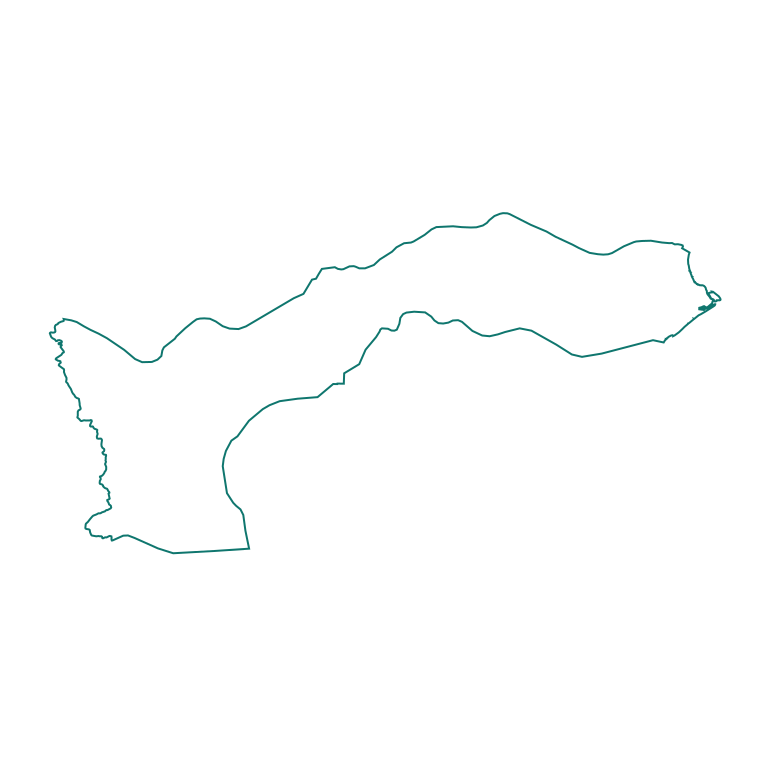 Katingan, Kalimantan Tengah, Indonesia, rotated 271°
{"feature_id": "22746128B40819362853427", "entity_name": "Katingan", "entity_type": "district", "adm_level": 2, "iso_a3": "IDN", "parent_name": "Indonesia", "parent_adm1": "Kalimantan Tengah", "projection": "robinson", "projection_center": [113.294, -1.875], "detail": "fine", "context": "isolated", "style": "outline", "palette": "teal", "viewbox_px": 768, "rotation_deg": 271, "n_neighbors": 0, "source": "geoboundaries", "source_scale": "gbopen_adm2", "svg_char_len": 6023}
<svg xmlns="http://www.w3.org/2000/svg" viewBox="0 0 768 768"><g transform="rotate(271 384 384)"><path d="M443.4,62.6L442.9,62.8L441.5,62.6L441.2,62.0L440.6,59.9L439.3,57.4L438.2,56.7L437.3,54.8L436.3,54.1L434.7,53.8L432.1,54.4L430.8,54.5L430.2,54.2L429.8,53.5L429.6,52.6L429.6,51.3L429.8,50.4L429.7,49.7L429.3,49.2L428.9,49.0L425.5,50.3L424.6,51.0L423.9,51.9L422.7,54.2L421.2,55.4L421.4,56.5L422.0,57.1L422.2,58.6L421.7,60.2L421.1,61.0L420.5,61.2L419.6,60.8L419.3,58.3L419.1,58.0L418.7,57.9L418.3,58.0L418.0,58.4L417.6,60.9L417.0,61.1L415.9,60.1L415.2,60.0L411.4,63.0L410.8,63.3L410.1,63.3L409.3,62.0L407.5,60.9L404.1,55.9L403.4,55.4L402.9,55.4L401.6,57.6L401.5,58.6L401.1,60.0L399.7,60.4L398.3,58.9L397.2,58.5L396.6,58.9L393.2,63.7L392.2,63.9L390.4,63.8L387.5,64.9L384.7,66.4L383.2,66.5L380.8,66.1L380.2,66.4L379.3,67.5L377.9,68.3L377.2,68.5L373.6,71.0L370.2,72.4L368.8,73.3L367.9,74.3L365.6,75.7L364.6,77.2L364.2,78.5L363.8,79.2L359.4,80.0L357.5,80.1L354.4,81.1L353.8,81.1L353.1,80.5L352.3,79.0L350.9,78.3L346.9,78.4L345.4,78.0L345.1,78.1L343.7,79.8L342.2,81.1L341.8,81.6L341.7,82.3L342.5,84.7L342.3,86.6L342.4,90.3L342.8,91.4L342.6,92.2L341.7,92.5L337.8,90.8L336.8,90.9L336.3,91.7L336.5,93.3L336.3,93.8L335.2,94.3L334.2,95.3L333.4,97.7L333.0,98.1L331.1,97.9L329.4,98.5L328.9,98.5L326.5,97.8L325.4,97.9L324.6,98.2L324.3,99.4L324.5,101.8L324.0,102.5L323.0,103.0L318.9,102.5L316.9,102.7L315.3,103.6L314.1,105.3L313.1,105.5L311.9,105.2L310.7,103.8L310.3,103.7L309.4,104.2L308.6,105.2L308.3,107.2L307.4,107.4L305.7,107.0L304.1,107.1L302.6,106.9L301.3,107.4L299.1,106.5L296.3,107.7L293.7,107.7L292.1,107.0L291.6,106.4L290.4,106.0L288.6,104.9L287.3,103.6L286.5,101.6L286.0,101.6L285.2,102.3L283.7,102.4L282.3,101.6L280.0,101.4L279.2,101.8L278.6,103.9L277.6,104.9L276.7,105.0L275.3,106.5L274.9,107.3L274.4,108.9L273.6,109.5L272.7,109.8L270.9,111.3L270.4,111.3L269.6,110.5L264.6,111.7L264.0,111.1L263.1,109.3L262.3,109.4L260.8,110.5L258.7,111.3L258.2,112.2L257.5,113.0L255.8,113.4L254.9,112.9L253.1,109.7L253.1,108.8L252.7,108.1L251.8,107.2L250.7,104.1L250.1,103.3L249.7,102.3L249.7,100.7L248.6,98.8L247.3,95.6L246.5,94.7L243.6,92.3L241.0,90.4L239.2,88.5L238.5,88.2L234.9,87.9L234.2,88.2L233.8,89.2L233.5,91.5L232.9,92.3L230.4,92.8L228.0,93.9L227.4,94.6L226.7,98.9L227.0,101.3L226.8,102.3L226.8,104.0L226.4,104.7L225.0,105.1L224.8,105.7L225.8,107.8L225.8,109.4L227.1,111.8L227.3,112.5L226.9,114.1L225.6,114.3L224.0,114.2L222.0,114.8L222.6,114.8L227.8,125.9L228.1,130.7L225.7,137.3L215.7,160.8L211.1,176.2L214.1,217.6L217.0,252.0L234.9,248.0L250.6,245.6L256.1,242.7L259.6,238.3L262.6,235.3L272.1,228.9L299.0,224.2L306.3,225.0L314.3,227.1L324.7,232.4L329.1,238.4L344.9,249.6L356.8,263.3L360.8,269.9L365.0,280.0L367.8,298.0L369.7,317.8L383.1,333.2L383.1,337.3L383.6,337.4L383.6,343.8L394.0,344.0L403.4,358.9L418.0,365.0L430.8,375.3L436.4,378.7L438.4,379.4L439.6,381.0L439.3,387.0L437.6,390.5L437.5,393.5L438.6,395.9L444.4,398.3L450.4,399.2L454.2,401.9L455.8,405.2L456.8,412.9L456.3,423.9L452.2,430.1L448.4,433.3L445.8,437.3L445.5,442.1L446.5,447.3L448.7,451.7L449.1,457.0L447.5,460.9L438.6,471.5L434.2,481.3L433.6,488.8L435.6,497.0L438.1,504.2L442.0,518.7L439.9,530.5L426.4,555.5L416.8,571.3L414.6,581.5L418.2,601.1L432.5,652.2L430.4,662.9L432.8,664.3L432.9,664.6L433.8,665.3L434.0,665.2L434.0,665.6L434.4,665.8L434.4,666.1L435.0,666.4L435.3,666.8L435.3,667.0L436.1,667.7L437.5,670.2L437.8,671.7L437.4,672.3L436.9,672.3L437.7,673.8L440.8,677.9L444.1,681.3L446.3,683.4L449.4,686.9L449.8,686.9L450.2,687.9L454.4,692.8L454.6,692.7L454.5,693.0L458.2,697.4L459.2,699.4L462.2,704.3L467.3,712.0L468.3,713.3L469.3,713.8L469.5,713.8L469.5,713.2L468.5,711.4L468.2,711.4L468.2,711.0L465.7,707.1L465.1,704.6L464.0,702.4L463.6,702.4L463.9,701.6L463.8,700.9L464.2,697.9L465.7,697.9L466.3,700.1L467.3,702.1L467.4,702.8L466.1,704.8L466.7,706.4L470.4,710.7L471.0,710.9L471.5,710.8L473.3,711.7L473.7,711.7L474.0,711.5L475.1,709.1L476.9,708.0L479.4,705.9L480.8,705.3L482.8,705.1L483.9,704.4L485.8,703.9L486.8,703.2L487.7,702.2L488.2,701.0L488.3,699.9L488.1,699.4L488.4,698.1L488.3,697.7L488.8,696.9L488.7,696.4L489.0,696.3L489.2,695.5L489.4,695.6L489.9,694.5L491.1,693.4L491.0,692.8L491.2,692.7L491.6,692.8L491.7,692.4L494.5,691.2L495.8,690.4L496.7,690.0L496.8,690.2L497.1,689.8L498.3,689.5L498.5,689.3L501.6,688.1L501.6,688.3L502.1,687.9L502.5,688.0L502.9,687.7L502.9,687.4L503.4,687.6L504.6,687.2L507.9,686.6L509.3,686.1L513.6,685.8L518.5,686.5L520.8,687.2L524.9,679.7L526.6,680.5L527.7,680.2L527.8,679.7L528.2,679.2L528.9,675.5L528.7,672.2L530.0,669.5L529.8,666.9L530.3,659.6L531.9,648.4L531.5,639.5L530.9,633.7L530.2,631.3L525.9,621.5L518.9,609.7L517.6,605.8L517.2,601.0L517.5,595.7L518.7,587.3L523.3,576.6L526.6,570.1L534.2,553.0L539.3,543.8L545.7,528.0L556.0,506.8L556.8,504.4L556.9,500.0L556.2,497.0L553.9,491.5L549.7,486.5L546.8,484.0L544.2,480.1L542.3,473.7L542.0,468.1L542.2,459.0L542.9,450.3L541.8,433.6L539.4,428.8L533.8,422.0L527.0,411.1L525.9,408.5L525.1,401.6L520.9,394.1L516.4,389.7L508.5,377.7L502.8,371.8L499.3,363.0L499.2,357.3L500.8,353.5L501.3,351.7L501.0,347.4L498.1,341.4L497.8,339.3L498.3,335.9L499.9,332.8L498.0,319.9L493.0,316.9L488.1,314.2L487.1,310.2L472.7,301.9L468.2,292.3L439.2,245.0L436.4,237.6L436.7,228.6L439.0,221.7L443.6,214.7L446.2,208.8L446.5,203.1L446.2,198.8L445.4,195.5L442.7,191.9L436.3,184.3L427.9,175.6L425.6,174.1L416.8,163.3L413.7,161.8L408.1,160.9L404.4,157.1L402.0,151.5L401.6,141.8L404.6,134.7L413.6,123.6L425.0,106.1L429.4,97.7L433.0,89.6L436.4,83.0L440.6,75.7L442.2,70.2L443.4,62.6ZM481.4,710.0L480.7,707.3L480.2,706.6L478.0,708.1L475.2,709.6L474.3,711.9L473.3,712.7L472.4,713.1L472.3,713.9L472.6,714.7L473.2,715.5L473.2,714.6L473.6,715.4L473.4,716.3L473.6,716.9L473.5,718.1L473.8,718.8L474.4,719.0L475.4,718.7L477.5,717.2L481.9,711.4L482.1,710.3L481.7,710.5L481.4,710.3L480.9,711.1L481.4,710.0ZM467.2,702.4L465.6,700.1L465.2,699.9L464.9,700.5L464.7,701.9L464.8,702.5L465.9,704.1L466.9,703.3L466.7,702.4L467.0,702.8L467.2,702.7L467.2,702.4Z" fill="none" stroke="#0f766e" stroke-width="2"/></g></svg>